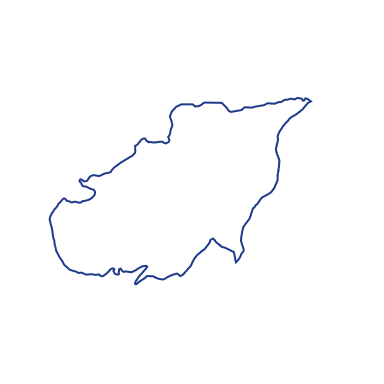 Alvarado, Cartago, Costa Rica, rotated 62°
{"feature_id": "36466004B14644895644866", "entity_name": "Alvarado", "entity_type": "district", "adm_level": 2, "iso_a3": "CRI", "parent_name": "Costa Rica", "parent_adm1": "Cartago", "projection": "mercator", "projection_center": [-83.805, 9.945], "detail": "fine", "context": "isolated", "style": "outline", "palette": "blue", "viewbox_px": 384, "rotation_deg": 62, "n_neighbors": 0, "source": "geoboundaries", "source_scale": "gbopen_adm2", "svg_char_len": 6076}
<svg xmlns="http://www.w3.org/2000/svg" viewBox="0 0 384 384"><g transform="rotate(62 192 192)"><path d="M167.8,44.5L164.5,46.1L163.5,46.9L162.7,47.6L162.8,48.8L163.8,49.9L163.8,50.6L163.1,51.3L161.4,51.3L161.0,51.5L158.7,54.4L158.3,55.5L158.5,57.9L157.7,58.9L156.8,59.6L155.6,62.1L155.4,64.3L154.3,66.3L154.2,67.0L154.3,71.4L153.3,73.4L152.8,77.7L149.1,83.7L149.2,87.4L146.5,95.5L145.6,99.5L141.9,105.8L142.9,109.8L139.6,120.0L137.8,121.4L134.2,121.8L127.2,123.9L118.8,139.2L119.0,141.1L119.4,142.5L119.3,145.9L118.1,148.7L117.6,149.4L115.7,149.8L114.7,150.6L109.6,160.2L109.4,165.8L109.6,166.9L110.4,168.6L110.6,169.9L110.9,170.3L111.1,171.4L111.6,171.8L111.7,172.3L114.3,175.5L115.1,176.1L118.4,176.7L119.6,176.7L120.8,177.1L121.9,177.3L123.3,177.7L123.4,177.9L124.4,178.4L126.7,181.2L128.1,182.5L129.8,183.6L131.2,185.2L132.2,186.8L132.2,187.1L135.8,187.7L136.2,188.0L136.5,188.5L136.9,189.5L136.9,191.8L136.8,192.3L135.9,193.3L135.0,193.9L134.4,194.1L134.2,194.4L133.9,194.4L133.2,195.3L133.0,196.1L132.2,197.5L131.7,199.0L131.6,199.9L130.8,201.3L130.3,202.7L129.6,203.6L129.2,203.9L128.9,204.6L128.2,205.4L127.9,206.2L127.9,206.8L126.4,207.4L125.6,208.1L123.3,208.2L122.6,208.5L122.0,209.5L122.0,211.5L122.3,213.1L123.3,214.8L123.7,216.4L124.2,217.1L124.6,218.1L124.6,220.6L129.7,223.1L130.6,223.8L131.9,227.3L132.6,240.7L133.6,247.1L133.6,248.5L135.2,253.0L135.4,253.1L136.2,254.3L136.2,255.1L135.9,256.7L135.5,257.4L134.6,261.2L134.6,264.4L134.5,265.8L133.7,267.5L131.4,270.2L130.8,271.4L130.5,272.8L130.5,275.1L131.3,276.3L132.0,278.0L132.3,278.2L132.7,279.4L132.7,280.5L132.0,282.2L129.0,283.8L128.5,284.4L128.5,285.0L129.5,286.2L130.6,286.2L131.4,285.5L133.3,285.8L135.0,285.8L135.8,285.4L136.3,284.9L137.5,282.9L141.2,280.4L142.8,278.8L144.3,277.6L146.4,277.6L147.5,278.2L148.4,278.9L149.1,280.0L149.7,281.9L149.9,282.1L150.4,284.0L150.4,286.6L150.0,288.8L149.5,290.9L148.8,292.7L148.8,293.8L149.2,295.1L148.4,296.5L148.4,296.8L147.7,297.8L147.2,298.1L145.7,299.7L144.7,303.1L144.2,303.7L142.8,304.6L141.4,306.3L140.6,306.8L140.0,306.8L138.4,307.2L137.7,307.9L137.6,308.2L137.6,309.3L137.8,309.8L138.6,311.6L139.2,313.8L139.5,314.2L139.5,314.8L139.8,315.6L141.0,317.1L142.0,319.3L143.0,322.1L144.2,323.9L144.2,324.1L145.3,326.3L147.1,328.4L147.6,329.1L148.7,330.1L150.3,330.9L151.9,331.2L154.6,332.0L156.8,332.3L158.1,332.9L160.6,333.4L161.8,334.1L162.6,334.2L164.2,334.9L167.2,335.9L169.7,336.3L172.1,337.1L173.9,337.9L176.7,338.5L180.1,339.5L187.5,339.5L190.1,339.3L191.1,339.0L196.6,339.0L199.6,337.7L200.7,337.4L201.2,337.1L202.2,336.9L203.2,336.4L205.6,334.3L206.1,333.5L206.3,333.4L208.2,331.4L209.4,330.9L210.0,330.4L210.6,329.3L211.1,327.8L211.6,327.2L212.4,326.4L213.4,325.8L215.1,324.4L215.5,324.0L215.5,323.7L217.8,318.5L218.8,317.7L220.0,315.9L220.1,315.3L220.7,314.2L221.0,312.9L222.6,312.4L224.1,311.1L224.5,310.1L224.5,309.2L224.2,308.5L223.8,305.4L222.9,302.4L222.0,300.4L222.1,298.2L222.4,297.5L223.1,296.9L224.0,296.9L224.7,298.4L225.0,298.5L227.8,298.5L229.0,297.7L230.2,296.1L230.2,295.1L228.1,294.2L227.6,293.6L226.7,293.1L226.0,292.3L226.0,291.1L226.3,290.9L228.3,290.9L230.3,290.0L230.7,289.5L230.8,288.1L233.6,284.3L234.1,283.3L234.4,283.2L234.6,280.9L234.6,277.2L234.3,276.5L234.3,270.7L235.8,267.0L236.7,267.2L236.7,266.9L236.9,266.7L237.3,267.3L237.4,267.7L238.2,268.8L238.7,270.5L239.1,271.2L239.1,271.6L240.0,273.6L241.0,276.9L241.5,278.1L242.0,278.8L242.2,279.6L243.4,281.5L243.9,282.7L244.9,284.2L245.8,285.1L246.7,285.3L247.0,285.1L247.2,284.8L247.2,283.4L247.0,282.3L246.7,282.1L246.5,281.3L246.5,280.4L246.3,280.0L246.3,278.7L246.1,277.9L246.1,275.2L245.9,274.8L245.8,273.5L245.2,271.9L245.2,271.0L248.1,266.0L248.7,265.5L249.4,265.1L249.6,264.7L250.8,264.2L251.4,263.7L252.4,262.6L253.4,261.8L255.3,259.2L255.8,258.2L255.9,255.6L255.7,254.8L255.7,250.3L255.9,249.5L255.9,248.2L256.6,245.7L256.6,244.8L257.0,244.0L257.0,243.6L257.5,243.1L260.5,242.0L260.8,241.3L260.8,239.5L260.6,238.3L259.9,236.7L259.9,236.3L259.7,236.1L259.3,234.9L259.2,234.5L258.8,233.8L258.8,233.4L258.2,232.3L258.1,231.8L257.5,230.3L257.2,229.0L256.6,227.7L254.3,224.6L253.9,224.4L253.7,223.7L252.4,222.0L251.3,220.1L251.2,219.2L250.1,217.3L249.2,212.6L249.0,212.4L249.0,211.5L248.7,211.1L248.7,209.8L248.5,209.6L248.5,207.8L247.8,206.5L247.6,205.7L246.7,204.1L245.6,201.3L245.4,200.9L245.0,200.7L244.9,200.3L244.6,200.1L244.3,199.4L243.0,198.3L242.9,195.6L243.0,195.2L245.4,194.5L246.7,194.5L248.9,193.8L249.6,193.3L250.0,193.3L250.6,192.9L251.1,192.9L251.7,192.6L251.9,192.2L252.8,192.2L253.1,191.9L254.3,191.5L257.0,188.7L258.5,187.8L261.2,185.6L263.1,184.5L264.4,183.3L264.9,183.3L274.6,186.2L273.9,183.6L272.8,181.3L271.7,179.7L269.5,177.0L268.7,175.0L268.3,174.3L267.6,173.7L266.7,173.2L265.8,173.2L264.8,172.8L263.4,172.8L263.2,172.7L259.2,171.9L258.2,171.7L257.4,171.1L257.1,171.1L255.7,170.2L253.3,168.4L252.8,168.1L252.5,167.7L250.0,165.9L249.9,165.7L248.8,164.8L247.0,162.9L247.0,162.7L246.6,162.3L245.5,160.0L245.1,159.6L244.7,158.3L242.4,153.5L235.1,145.9L234.9,144.1L234.1,143.1L233.6,141.9L233.2,139.8L230.2,134.2L230.1,133.3L229.7,132.6L229.7,124.5L229.3,122.9L229.3,122.0L229.0,121.7L228.2,119.7L227.7,119.1L227.7,118.7L226.2,116.2L225.8,116.0L225.0,114.8L224.7,114.6L223.7,113.1L223.0,112.7L222.8,112.1L222.0,111.1L219.3,109.4L218.5,109.2L217.9,108.6L217.4,108.6L217.0,108.4L213.8,105.6L213.4,105.6L213.2,105.2L212.7,105.2L210.9,103.6L208.9,102.5L208.3,101.9L207.8,101.8L207.6,101.5L206.2,100.6L205.9,100.3L205.0,100.2L204.7,99.9L203.8,99.8L203.5,99.6L202.1,99.6L200.5,99.2L198.2,99.2L197.0,98.7L196.1,98.7L193.2,97.6L192.3,96.9L191.5,95.9L190.8,95.6L190.6,95.2L190.2,95.1L189.3,94.3L188.8,93.6L188.3,93.4L187.9,92.8L187.2,92.4L187.0,92.0L186.0,91.4L184.9,91.1L184.6,90.7L183.8,90.6L183.0,90.2L182.3,89.3L181.3,88.5L179.6,86.1L177.7,82.4L176.5,80.6L176.4,79.7L175.2,77.3L174.7,75.7L174.7,75.3L174.1,73.6L172.9,71.2L172.9,70.3L172.5,68.7L172.5,64.2L172.2,63.4L172.2,62.0L171.8,60.7L171.8,59.4L171.3,58.2L171.3,56.8L170.7,55.2L170.5,54.3L170.0,53.6L168.0,48.3L167.8,47.9L167.8,44.5Z" fill="none" stroke="#1e3a8a" stroke-width="2"/></g></svg>